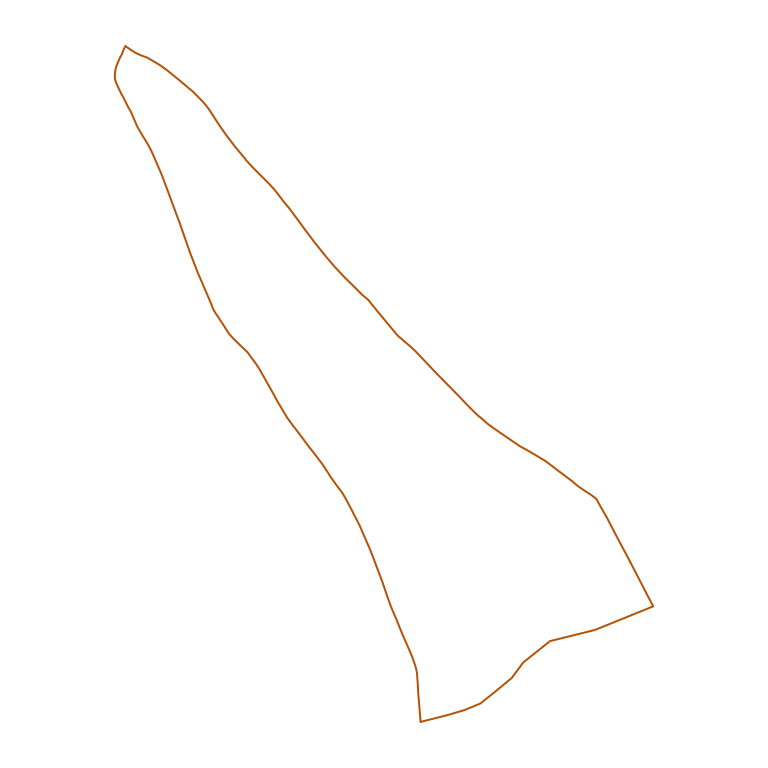 the district of Cu Lao Dung, Sóc Trăng, Vietnam
{"feature_id": "81297802B41374649859024", "entity_name": "Cu Lao Dung", "entity_type": "district", "adm_level": 2, "iso_a3": "VNM", "parent_name": "Vietnam", "parent_adm1": "Sóc Trăng", "projection": "natural_earth1", "projection_center": [106.173, 9.63], "detail": "fine", "context": "isolated", "style": "outline", "palette": "amber", "viewbox_px": 768, "rotation_deg": 0, "n_neighbors": 0, "source": "geoboundaries", "source_scale": "gbopen_adm2", "svg_char_len": 2634}
<svg xmlns="http://www.w3.org/2000/svg" viewBox="0 0 768 768"><path d="M125.4,46.1L123.2,50.5L122.0,54.1L120.1,57.4L116.7,65.2L115.5,69.3L114.8,74.4L115.0,79.3L116.0,82.4L117.9,86.7L120.9,93.0L123.2,97.1L128.1,106.9L129.7,109.7L131.1,112.2L133.0,116.8L135.6,122.7L137.1,126.3L142.3,135.3L145.9,141.0L149.2,146.8L151.6,151.4L161.5,174.2L169.0,194.3L176.3,214.1L179.7,223.0L190.2,253.2L191.2,255.7L197.5,272.0L205.5,290.6L209.5,299.9L211.1,303.6L212.6,307.6L213.6,310.0L214.7,311.8L216.5,314.5L218.9,318.0L220.1,320.0L222.2,323.1L223.6,325.3L226.2,329.4L228.9,333.6L231.0,336.0L233.1,338.3L237.1,342.2L240.7,345.8L243.3,348.2L245.2,350.0L247.1,351.9L248.8,354.0L250.4,356.3L251.5,357.9L252.8,359.5L254.4,361.7L255.6,363.2L259.2,368.7L263.4,376.1L268.3,384.8L273.1,393.3L277.6,401.7L282.1,409.2L287.1,417.6L289.6,421.0L293.1,425.8L296.6,430.3L299.0,433.5L302.4,438.0L305.9,442.7L308.4,446.1L313.0,451.9L316.2,456.0L322.0,463.7L327.6,472.1L331.0,477.5L333.9,481.5L337.1,486.0L339.6,489.3L341.6,491.9L342.7,493.5L343.5,494.9L344.8,497.1L346.3,499.8L348.7,504.3L350.0,506.8L351.6,509.8L353.5,513.7L356.8,519.9L359.0,524.2L360.6,527.7L363.2,533.8L366.0,540.2L368.6,546.1L370.0,549.2L371.4,552.9L373.4,558.0L374.7,561.6L376.6,566.7L377.9,570.1L382.7,582.8L387.3,596.5L390.4,605.1L392.6,610.6L394.0,613.8L397.4,621.7L399.1,626.2L402.8,635.2L407.7,646.3L412.0,656.3L415.2,665.6L416.4,669.8L417.0,673.6L417.4,678.8L417.9,685.5L418.0,688.0L418.1,691.2L420.6,721.9L446.6,715.3L464.1,710.2L480.4,703.5L495.6,691.3L511.9,677.8L523.2,662.5L550.0,641.1L595.1,629.9L653.2,606.3L645.5,591.6L635.9,572.9L626.5,554.8L625.6,553.2L617.1,537.3L607.2,518.2L600.1,505.8L596.7,499.5L595.2,498.0L591.0,494.8L583.4,489.9L577.4,485.7L571.9,481.0L556.4,469.4L546.1,461.5L536.1,455.4L531.7,452.9L526.5,449.8L520.2,446.4L513.4,441.8L504.5,435.7L496.8,430.4L495.4,429.4L492.4,427.3L487.6,423.8L482.3,419.0L482.2,419.0L481.4,418.3L480.2,417.3L478.0,415.6L475.8,413.5L471.7,409.4L466.2,403.9L459.4,396.7L448.6,385.7L436.5,373.4L416.3,352.1L411.6,347.5L406.1,342.9L403.1,340.3L400.5,338.0L397.7,335.6L393.5,330.6L387.7,323.6L381.9,316.6L376.1,309.6L371.6,304.1L368.3,299.9L362.6,295.2L351.2,283.8L345.0,277.8L334.3,266.4L325.0,255.4L313.7,241.3L311.6,238.4L303.9,228.2L298.6,220.9L288.9,207.9L283.5,201.4L275.3,190.7L269.7,184.4L253.2,167.9L246.2,160.3L245.2,158.9L245.0,158.6L234.2,145.6L226.3,135.2L220.2,126.5L213.6,116.5L213.0,115.5L209.1,109.5L206.1,105.5L201.7,100.5L192.7,91.4L188.9,88.3L177.0,78.3L165.6,69.1L164.2,68.2L160.8,65.7L152.7,60.8L147.2,57.6L142.1,55.8L139.1,54.5L135.5,52.8L131.3,50.2L125.4,46.1Z" fill="none" stroke="#b45309" stroke-width="2"/></svg>